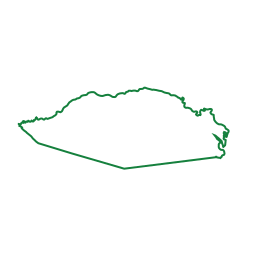 outline of Marromeu, Sofala, Mozambique, rotated 300°
{"feature_id": "85939544B84282844658581", "entity_name": "Marromeu", "entity_type": "district", "adm_level": 2, "iso_a3": "MOZ", "parent_name": "Mozambique", "parent_adm1": "Sofala", "projection": "equal_earth", "projection_center": [35.943, -18.405], "detail": "fine", "context": "isolated", "style": "outline", "palette": "green", "viewbox_px": 256, "rotation_deg": 300, "n_neighbors": 0, "source": "geoboundaries", "source_scale": "gbopen_adm2", "svg_char_len": 5729}
<svg xmlns="http://www.w3.org/2000/svg" viewBox="0 0 256 256"><g transform="rotate(300 128 128)"><path d="M75.5,33.0L75.7,34.2L75.7,35.3L75.6,35.6L75.4,36.1L75.1,36.1L74.8,36.0L74.6,36.4L74.4,36.9L73.9,39.1L73.6,41.9L73.3,42.6L72.4,48.4L71.6,50.3L71.4,50.7L70.7,53.8L70.4,54.7L70.2,56.0L70.0,58.0L77.9,92.1L90.7,144.4L90.9,145.1L146.4,218.4L147.0,218.5L147.3,219.0L147.0,219.5L147.0,219.8L147.3,220.5L147.6,221.4L147.7,221.6L147.8,221.7L148.1,222.7L148.2,223.1L149.1,223.1L149.3,223.2L149.5,223.4L149.8,223.5L150.6,223.3L151.0,223.3L151.6,223.5L152.6,224.4L153.0,224.6L153.5,224.5L154.2,224.3L155.5,223.2L155.9,222.8L156.4,221.8L156.4,221.2L156.2,220.5L155.7,219.7L155.6,219.3L155.7,218.3L155.9,217.6L156.0,217.2L156.4,216.6L157.0,216.0L157.6,215.7L159.2,214.8L159.7,214.7L160.4,214.8L161.1,215.0L161.5,215.3L162.1,215.0L162.5,214.2L162.7,213.3L162.9,212.4L163.0,210.9L163.2,210.4L164.2,208.7L164.6,207.6L164.8,207.1L165.0,206.6L165.1,207.3L165.0,208.2L164.9,208.8L164.7,209.5L164.4,211.6L163.5,215.5L163.0,216.1L162.1,216.9L161.9,217.1L161.6,217.3L161.3,217.9L160.7,218.5L160.4,219.0L159.4,219.7L159.3,220.0L160.3,220.4L161.2,220.6L161.6,220.7L162.5,220.4L163.5,219.9L164.3,219.6L165.3,219.1L166.1,218.8L166.5,218.5L166.5,218.1L166.3,217.5L166.2,217.0L166.3,216.7L166.4,216.4L166.7,216.1L167.0,215.9L167.3,216.0L167.8,215.9L168.6,215.3L168.9,215.0L169.2,214.8L169.5,214.8L169.8,215.1L170.1,215.0L171.2,213.7L171.5,213.4L172.2,213.6L172.6,213.4L172.9,214.5L172.8,215.1L172.3,215.7L171.8,216.0L170.4,216.2L169.8,216.5L169.4,217.0L169.4,217.6L169.6,217.8L169.8,217.8L170.4,217.7L171.2,217.4L172.7,217.1L173.0,217.0L173.6,216.9L174.2,217.0L174.7,217.0L175.2,216.9L175.9,216.5L176.1,216.3L176.2,216.0L176.3,215.4L176.4,214.4L176.3,213.2L176.6,212.6L177.3,211.8L177.6,211.3L177.8,210.7L177.9,210.0L177.9,209.1L177.8,207.3L177.3,206.0L176.7,205.0L176.6,204.2L176.6,202.8L176.7,202.3L177.1,200.8L177.9,199.0L178.4,198.4L179.3,197.8L180.4,196.8L182.1,195.7L182.1,195.0L181.8,194.0L181.8,193.2L182.0,192.6L182.3,192.0L182.6,191.7L182.8,191.7L183.7,191.7L184.2,191.8L185.3,191.7L185.6,191.5L185.8,191.4L186.0,191.0L186.0,190.8L185.9,190.3L185.5,189.5L185.2,189.1L184.2,188.2L183.8,187.6L183.5,187.0L183.3,186.4L183.1,185.6L183.0,184.5L182.9,184.3L182.7,184.2L182.5,184.3L181.8,185.7L181.7,185.8L181.4,185.8L181.1,185.6L180.7,184.9L180.6,183.6L180.6,183.0L180.3,182.3L180.1,182.2L179.1,182.1L178.4,182.2L177.6,182.6L176.1,184.1L175.6,184.2L175.4,184.2L174.9,183.1L174.1,182.5L173.8,182.4L173.6,182.3L173.5,181.9L173.4,181.2L173.6,180.5L173.7,180.2L173.8,180.1L174.2,180.1L175.7,180.3L176.2,180.2L176.4,180.0L176.6,179.4L176.5,178.8L176.3,178.4L175.2,177.3L174.9,176.6L174.9,175.9L174.9,175.3L175.1,174.7L175.8,173.4L176.0,172.7L176.0,172.1L175.7,170.5L175.5,169.8L175.2,169.2L174.7,168.5L174.4,167.9L174.4,167.2L174.4,166.7L174.7,166.1L175.3,165.7L176.1,165.3L177.4,165.1L177.9,164.8L178.0,164.6L177.9,164.3L177.5,163.5L177.4,163.0L177.4,162.7L177.7,162.1L178.3,161.9L180.0,162.0L180.9,161.8L181.4,161.5L181.6,161.0L181.7,160.4L181.6,160.0L181.4,159.9L180.2,160.2L179.6,160.2L179.3,160.1L179.2,159.9L179.2,159.5L179.4,158.9L179.7,158.1L179.7,157.5L179.6,157.0L179.4,156.5L179.4,156.2L179.7,155.4L179.7,155.0L179.6,154.2L179.8,153.1L179.7,152.6L179.3,151.4L178.9,150.6L178.2,149.6L177.9,148.9L177.9,148.5L178.1,147.9L178.1,147.5L178.2,147.2L178.4,146.8L178.4,146.4L178.3,145.8L178.1,145.1L177.7,144.2L177.0,141.9L176.9,141.0L176.8,139.2L176.7,138.6L175.8,136.3L174.9,133.2L174.6,132.6L174.2,131.5L173.9,130.8L173.2,129.9L172.7,127.8L171.9,125.2L171.5,122.8L171.2,122.2L171.0,121.9L170.1,121.6L169.2,121.0L168.8,120.5L167.7,118.8L167.5,118.7L167.2,118.5L166.7,118.4L166.1,118.4L165.4,118.3L164.8,118.0L164.3,117.1L164.1,115.9L163.7,115.0L163.3,114.3L163.0,113.9L162.4,113.2L161.8,112.6L161.4,111.3L160.7,110.1L160.3,109.9L159.7,109.8L159.3,109.6L159.1,109.4L158.9,109.1L158.0,108.4L157.7,108.3L156.6,108.4L155.9,107.9L155.8,107.7L155.7,106.4L155.5,105.9L154.6,104.6L153.7,103.5L152.3,102.4L151.7,102.1L150.5,101.8L149.1,101.7L148.5,101.4L148.1,100.9L147.5,99.8L147.3,99.3L147.2,98.5L147.3,96.6L147.2,95.5L146.9,94.4L146.5,93.7L145.3,92.1L143.1,90.1L142.5,89.0L142.2,88.3L141.8,86.7L141.6,85.3L141.6,83.9L142.0,81.9L142.0,81.1L141.9,80.5L141.5,79.6L140.9,78.6L140.2,77.7L139.1,76.6L138.2,76.0L137.7,75.9L136.7,75.8L135.9,75.4L135.0,74.4L134.5,73.6L133.8,72.8L132.7,71.8L132.0,71.5L130.7,71.3L130.0,71.0L129.1,70.3L128.0,69.0L126.9,68.5L126.3,68.1L125.2,66.7L124.6,66.2L123.6,65.6L122.3,65.1L120.9,64.4L120.4,64.3L119.4,64.3L118.5,64.1L117.6,64.2L117.1,64.1L113.6,62.3L112.0,62.2L110.4,62.4L109.5,62.4L108.7,62.1L107.9,61.6L107.7,60.9L107.4,59.7L106.9,58.8L106.6,58.4L106.2,58.3L105.7,58.3L104.5,59.0L103.3,58.9L102.5,58.6L100.8,57.6L100.3,57.5L99.5,57.1L97.5,55.3L95.8,53.9L95.6,53.6L95.5,52.6L95.5,52.3L95.2,51.9L94.6,51.6L94.0,51.5L93.4,51.2L93.2,50.8L93.1,50.5L93.2,49.2L93.1,48.7L92.8,48.1L92.3,47.5L90.6,46.5L90.4,46.1L90.3,45.7L90.4,45.3L90.5,45.1L91.1,44.3L91.2,43.9L91.3,43.4L90.9,43.4L90.7,43.2L90.5,43.3L90.2,43.4L89.7,43.3L89.2,43.5L88.6,43.4L88.1,43.2L87.7,42.6L87.0,42.9L86.7,42.9L86.1,42.5L86.0,42.2L86.0,41.9L86.2,41.2L86.2,40.8L86.0,40.7L85.6,40.8L85.3,40.8L84.7,40.4L84.5,40.1L84.3,39.6L84.4,38.8L84.5,38.4L84.4,38.0L84.1,37.9L83.5,38.1L83.0,37.7L82.9,37.3L82.9,36.9L82.5,36.5L82.1,36.4L81.8,36.2L81.6,36.3L81.6,36.5L81.4,36.5L81.3,36.4L81.2,36.1L81.2,35.5L81.1,35.2L81.3,34.9L81.8,35.0L81.9,34.8L81.9,34.3L81.5,33.8L81.4,33.8L81.3,34.0L81.2,34.5L80.9,34.7L80.7,34.8L80.6,35.1L80.2,34.9L80.1,34.6L80.0,34.3L80.1,33.8L80.0,33.6L79.4,33.5L78.9,33.2L78.7,33.1L78.2,33.3L77.5,33.2L77.3,33.0L77.1,32.7L77.1,32.0L77.0,31.6L76.9,31.4L76.7,31.5L76.3,32.5L75.9,32.9L75.5,33.0Z" fill="none" stroke="#15803d" stroke-width="2"/></g></svg>